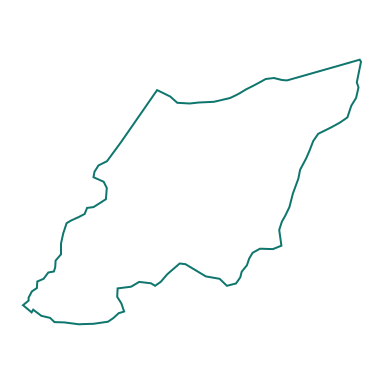 Apsiou, Limassol, Cyprus
{"feature_id": "46923920B22530470704850", "entity_name": "Apsiou", "entity_type": "district", "adm_level": 2, "iso_a3": "CYP", "parent_name": "Cyprus", "parent_adm1": "Limassol", "projection": "robinson", "projection_center": [33.025, 34.799], "detail": "fine", "context": "isolated", "style": "outline", "palette": "teal", "viewbox_px": 384, "rotation_deg": 0, "n_neighbors": 0, "source": "geoboundaries", "source_scale": "gbopen_adm2", "svg_char_len": 1382}
<svg xmlns="http://www.w3.org/2000/svg" viewBox="0 0 384 384"><path d="M157.1,90.1L120.9,142.3L107.0,161.2L98.5,165.4L94.5,171.7L93.5,177.2L103.7,181.8L106.8,188.0L105.9,199.2L93.5,207.1L87.1,207.9L84.6,214.0L78.8,217.0L71.1,220.5L66.6,223.2L63.2,233.5L61.0,243.6L61.0,254.3L55.6,260.6L55.2,267.3L53.9,271.5L48.3,272.5L48.2,272.6L43.6,278.8L37.3,281.5L36.9,288.0L31.9,291.4L28.6,297.6L28.6,300.6L23.0,305.2L23.3,305.4L29.5,310.6L31.6,312.4L33.2,309.7L41.3,315.8L50.1,317.9L54.5,322.1L64.3,322.4L78.9,324.3L83.0,324.1L93.5,323.8L108.0,321.7L113.3,318.1L118.8,313.1L121.7,312.3L124.1,311.5L121.4,303.5L117.2,296.8L117.6,288.4L131.1,286.7L139.2,281.9L151.0,283.3L155.1,285.8L160.8,281.8L167.1,274.4L171.2,270.8L179.7,263.5L185.5,264.2L197.5,271.4L205.8,276.4L219.6,278.8L226.9,285.8L234.7,283.8L236.0,283.5L240.3,277.3L241.7,271.7L246.9,265.3L249.2,258.5L252.6,252.8L260.0,248.7L272.9,249.1L281.4,245.7L280.3,237.6L279.2,230.0L281.9,221.6L285.2,215.8L289.4,207.1L292.9,193.5L298.3,178.8L300.1,169.8L306.2,158.3L309.5,150.7L313.2,141.1L318.2,133.8L331.7,127.1L339.9,122.6L347.4,117.4L351.3,105.7L356.1,97.9L358.5,87.4L356.8,82.4L361.0,61.7L359.7,59.7L287.0,80.4L281.9,80.0L273.8,78.0L265.7,79.0L260.7,81.8L253.2,85.8L246.2,89.3L240.1,93.0L236.0,95.2L230.1,98.0L213.9,101.8L198.9,102.5L189.7,103.5L177.3,102.8L170.2,96.5L157.1,90.1Z" fill="none" stroke="#0f766e" stroke-width="2"/></svg>